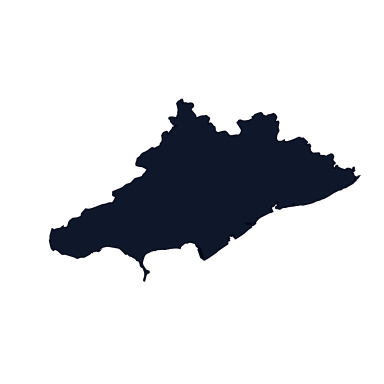 outline of Tamil Nadu, rotated 56°
{"feature_id": "IND-3263", "entity_name": "Tamil Nadu", "entity_type": "State", "adm_level": 1, "iso_a3": "IND", "parent_name": "India", "parent_adm1": "", "projection": "equal_earth", "projection_center": [78.435, 10.806], "detail": "fine", "context": "isolated", "style": "filled", "palette": "ink", "viewbox_px": 384, "rotation_deg": 56, "n_neighbors": 0, "source": "natural_earth", "source_scale": "10m", "svg_char_len": 6033}
<svg xmlns="http://www.w3.org/2000/svg" viewBox="0 0 384 384"><g transform="rotate(56 192 192)"><path d="M254.9,191.4L255.0,203.2L255.4,205.4L255.6,214.8L255.3,219.4L255.1,220.0L252.8,220.7L252.2,220.4L252.2,219.2L251.3,218.6L246.3,217.5L245.8,217.7L245.5,218.5L247.5,218.7L249.2,219.7L251.4,220.0L252.0,220.5L251.9,221.1L251.4,221.3L243.2,219.1L243.0,218.3L245.1,217.5L245.3,217.1L244.4,216.7L243.7,217.1L242.1,217.0L242.2,217.8L239.3,218.6L238.4,218.5L236.8,217.7L233.1,220.8L231.8,222.6L231.6,224.6L230.8,225.1L230.3,226.3L230.6,230.7L231.0,232.4L232.0,233.4L230.5,234.8L228.9,237.0L226.5,241.3L225.7,243.5L224.9,244.8L224.6,246.1L222.4,249.1L220.0,253.4L219.9,255.0L218.7,256.9L218.0,259.2L217.8,261.8L217.3,263.9L217.4,265.1L218.1,267.1L219.2,268.8L222.4,272.6L223.8,273.4L225.5,273.9L231.0,274.0L233.7,272.1L234.6,272.5L234.8,273.0L234.3,274.6L235.1,276.6L239.1,281.1L238.6,281.5L237.9,281.1L235.4,278.1L232.6,276.1L227.5,274.8L226.0,275.8L224.3,275.9L221.9,274.8L220.4,274.6L219.1,274.8L217.9,275.9L216.6,275.9L214.5,276.4L213.4,277.3L211.8,277.8L209.8,279.5L207.7,279.7L207.1,280.1L206.6,281.5L206.1,281.8L200.1,282.9L198.6,283.4L197.1,284.3L190.1,291.6L189.2,293.0L187.8,296.4L187.5,300.9L187.0,303.1L187.5,302.6L188.5,302.2L188.9,301.2L189.1,302.5L188.7,303.1L187.3,304.2L186.7,306.1L186.1,307.1L185.9,307.7L186.2,308.3L185.0,308.3L185.9,310.1L186.2,311.8L185.6,317.6L185.0,318.8L183.6,320.6L182.7,324.3L180.4,325.4L172.6,331.7L171.0,334.3L170.4,334.7L166.0,335.7L164.0,336.6L162.6,337.9L162.8,339.6L160.6,340.0L158.1,339.4L152.7,337.2L151.6,335.8L149.1,334.1L144.4,328.6L144.9,328.1L145.9,328.2L146.5,327.7L146.9,325.2L148.7,321.3L148.3,319.3L148.3,318.1L149.1,318.7L149.9,318.2L150.6,317.1L151.3,315.5L150.9,313.9L148.2,310.8L147.6,309.3L147.3,305.8L149.5,301.5L150.3,297.8L149.9,297.1L148.2,295.5L146.7,289.7L148.5,287.8L149.3,286.2L150.3,283.1L152.6,273.3L153.7,271.0L155.0,266.4L156.4,264.6L156.4,263.3L156.2,262.5L153.8,258.2L152.5,258.2L150.7,259.4L149.9,259.3L149.2,258.4L147.8,257.7L147.6,257.3L149.7,247.4L149.2,242.3L150.6,237.9L149.2,231.8L151.2,225.9L151.4,224.3L150.4,222.8L149.9,219.9L148.7,217.2L147.9,216.3L143.1,218.9L140.9,221.5L138.9,223.1L138.4,223.2L137.0,222.4L135.3,220.1L133.7,218.5L133.6,215.1L132.8,213.4L132.4,211.6L132.6,209.9L133.0,208.2L133.2,205.4L132.9,201.0L133.3,199.9L134.7,199.3L135.1,198.5L135.3,195.7L135.7,193.0L135.5,192.1L134.3,191.1L133.3,188.2L130.9,186.5L128.3,185.3L127.2,183.5L127.0,181.7L127.6,179.3L128.5,178.8L130.0,179.5L130.6,179.1L130.8,178.6L129.9,177.3L128.9,173.6L127.7,171.7L128.2,169.6L128.2,168.2L125.8,169.8L121.7,170.2L119.9,169.4L118.7,170.0L118.0,169.9L117.7,169.5L117.8,168.4L119.0,166.4L121.4,164.1L121.8,162.8L120.8,162.0L119.5,159.8L118.0,159.1L116.4,157.4L112.1,155.6L110.3,155.2L109.8,154.2L109.3,152.4L109.6,150.7L109.3,149.3L109.7,148.4L110.7,148.5L112.1,149.2L113.7,149.0L115.1,146.9L116.7,145.9L116.8,144.9L117.7,143.3L118.7,142.3L119.5,142.1L120.3,142.1L121.4,142.7L121.9,143.3L122.2,146.1L122.8,146.7L124.4,146.9L130.2,146.3L133.0,147.2L133.5,146.3L134.0,142.9L135.0,140.7L137.0,137.3L139.0,136.9L140.2,136.3L140.8,136.5L143.6,140.1L144.1,140.4L144.6,140.3L145.2,138.1L145.5,137.9L147.2,137.5L149.2,137.6L150.7,136.8L152.3,137.4L153.9,138.6L156.7,138.2L157.7,137.1L158.9,133.3L160.0,130.9L161.1,130.1L166.1,129.4L167.3,128.5L169.5,123.8L170.8,122.1L171.1,121.5L171.2,120.4L169.9,117.5L168.4,116.2L167.2,115.9L159.7,115.7L159.5,115.3L159.6,114.4L159.5,113.8L159.0,113.4L159.0,112.8L159.6,111.6L161.6,110.2L162.9,108.5L164.6,105.0L165.2,100.9L164.9,100.1L163.5,100.1L163.7,98.4L163.2,96.6L163.9,93.2L164.8,90.5L166.1,90.0L168.1,90.2L171.1,88.0L170.7,86.2L172.1,83.1L172.6,80.6L174.3,79.8L176.7,79.8L177.6,80.4L179.1,82.8L180.0,83.4L180.8,83.0L181.7,81.0L182.8,81.2L185.9,84.2L187.1,85.0L189.7,85.8L191.5,89.2L192.5,90.4L194.7,92.2L196.1,92.7L197.6,92.6L198.5,92.1L200.2,89.7L200.6,86.6L201.6,87.2L202.0,87.1L203.7,85.2L205.0,81.0L206.0,76.4L206.4,73.3L207.1,72.1L208.8,71.5L209.6,69.7L215.0,68.5L215.4,68.8L216.0,70.6L216.7,70.8L217.6,69.9L217.9,68.1L219.1,67.8L220.6,68.3L221.2,69.8L222.5,70.1L223.8,70.9L227.2,70.4L227.9,69.7L230.7,64.9L231.8,64.9L232.5,65.7L233.3,65.7L235.9,62.1L237.5,61.0L237.8,60.3L237.7,58.4L238.1,57.3L238.3,55.5L238.7,55.0L239.4,54.6L240.9,54.5L242.1,55.0L244.0,57.8L247.9,57.2L248.3,57.6L248.3,59.4L248.6,60.1L249.6,60.8L251.8,60.9L252.2,60.7L252.4,59.8L251.0,58.3L251.1,57.0L251.3,56.8L252.7,57.1L253.4,56.9L255.7,55.7L259.0,53.1L259.4,52.4L259.2,50.8L259.5,49.8L260.8,48.2L262.5,47.4L262.9,46.7L262.9,46.0L261.9,44.6L262.1,44.0L262.7,44.0L264.1,45.2L265.1,45.2L265.2,45.9L264.7,47.5L264.9,48.0L266.9,48.0L268.9,48.6L269.8,48.5L271.4,47.6L271.3,48.5L273.1,50.5L273.3,49.8L273.9,49.6L274.7,54.0L274.2,59.7L273.6,59.4L273.4,61.2L274.2,60.9L274.1,62.1L273.1,65.0L273.4,67.1L272.3,69.2L271.6,75.2L271.4,81.7L271.0,85.7L270.2,88.5L270.0,90.4L268.8,93.7L268.1,98.1L267.1,101.2L264.7,107.3L263.3,108.8L261.9,112.0L261.1,113.1L259.0,114.5L258.7,115.1L259.0,115.4L261.1,113.8L258.0,119.9L256.8,123.2L255.7,124.9L255.4,125.7L255.4,128.1L254.9,129.3L253.9,129.8L252.5,131.4L252.0,131.6L251.0,130.3L251.7,129.0L251.6,128.1L249.7,128.3L248.6,126.8L247.9,127.5L247.7,128.2L248.5,129.4L248.7,131.0L249.2,131.6L249.3,132.5L248.9,134.0L249.0,134.6L250.1,135.6L253.3,136.0L253.0,137.9L252.6,138.4L252.3,139.4L251.0,149.8L251.2,152.0L252.2,155.9L252.4,158.0L252.7,158.0L252.8,157.5L252.7,156.5L253.3,156.6L253.6,157.1L253.8,159.9L253.7,160.4L253.4,160.5L251.7,160.4L250.9,160.8L248.3,164.2L248.0,165.0L248.8,164.6L251.0,162.6L251.3,161.7L252.0,161.4L254.2,162.3L254.4,166.8L255.2,172.4L255.1,180.7L254.9,182.2L253.2,181.9L252.4,182.7L250.5,181.8L250.2,182.0L250.1,182.4L250.6,182.8L250.7,184.0L250.3,184.3L249.8,183.7L249.2,183.7L249.1,184.1L249.7,184.6L249.2,185.4L249.2,185.9L249.8,186.5L250.6,186.7L251.0,187.4L251.7,187.1L252.0,188.0L253.1,188.1L252.7,189.5L252.9,190.0L253.5,190.5L253.6,190.9L254.9,191.4ZM272.3,44.4L273.2,47.0L273.3,49.0L273.1,49.0L271.9,45.2L272.3,44.4Z" fill="#0f172a" stroke="#020617" stroke-width="1.5"/></g></svg>